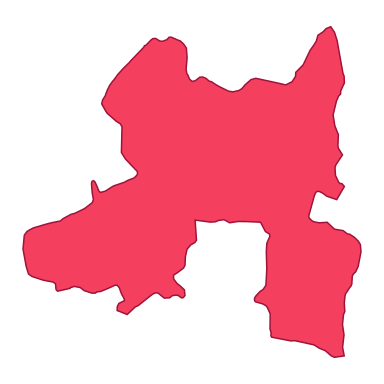 Cuilapa, Santa Rosa, Guatemala (Natural Earth projection)
{"feature_id": "79465075B18848858610216", "entity_name": "Cuilapa", "entity_type": "district", "adm_level": 2, "iso_a3": "GTM", "parent_name": "Guatemala", "parent_adm1": "Santa Rosa", "projection": "natural_earth1", "projection_center": [-90.29, 14.248], "detail": "fine", "context": "isolated", "style": "filled", "palette": "rose", "viewbox_px": 384, "rotation_deg": 0, "n_neighbors": 0, "source": "geoboundaries", "source_scale": "gbopen_adm2", "svg_char_len": 3342}
<svg xmlns="http://www.w3.org/2000/svg" viewBox="0 0 384 384"><path d="M28.5,274.0L32.0,276.5L43.3,280.2L53.2,282.1L55.2,283.6L55.6,284.5L56.0,289.4L57.5,291.2L70.0,288.4L70.5,287.6L74.5,286.4L80.3,287.6L84.1,290.6L91.8,293.1L95.4,293.1L96.9,291.9L100.5,291.5L106.7,289.0L115.4,285.1L117.4,285.4L119.3,287.9L119.8,289.3L120.7,291.8L121.9,294.8L123.0,296.5L123.6,297.9L124.3,299.1L124.5,300.6L118.9,303.4L117.3,306.5L117.1,310.5L127.2,314.5L135.3,306.9L138.2,305.6L150.4,295.9L151.6,295.0L152.5,294.3L153.8,293.6L154.8,293.1L156.1,292.9L157.4,292.9L158.5,293.4L164.2,298.1L169.7,297.8L172.2,295.7L175.9,295.1L178.1,295.4L181.5,297.9L183.3,297.6L185.0,295.5L184.4,289.8L180.0,285.8L176.9,283.3L174.4,280.0L173.6,278.8L173.6,275.1L177.4,272.7L183.5,268.1L185.0,265.4L185.4,256.6L187.1,249.1L189.4,246.5L190.8,244.8L194.7,242.7L196.5,240.3L195.1,220.1L210.4,222.1L215.4,221.8L218.7,220.4L224.1,219.7L229.7,222.8L237.8,221.5L247.3,221.6L260.5,222.2L265.4,231.5L269.6,234.2L269.7,236.8L268.5,239.3L266.8,243.4L266.3,251.6L266.8,268.8L265.9,285.4L263.0,289.5L260.0,291.5L256.1,295.7L254.7,297.8L254.4,299.9L255.2,301.7L263.0,304.0L266.3,306.0L267.3,307.5L270.2,313.8L270.0,328.9L271.1,332.8L270.9,335.9L271.7,337.2L290.8,340.9L294.9,340.7L314.1,344.9L319.4,348.3L325.3,350.7L331.3,355.9L334.4,357.3L344.2,355.9L342.6,347.3L344.0,334.9L342.5,324.4L343.5,314.6L344.8,311.5L344.3,303.1L344.9,296.9L345.5,293.9L346.9,291.9L349.8,287.5L350.8,286.4L351.8,284.1L352.3,276.3L353.3,274.1L355.7,271.8L358.2,266.3L361.0,251.9L360.4,244.6L358.2,241.0L354.0,237.0L349.4,234.1L347.6,234.0L343.1,230.6L334.5,229.2L327.2,222.3L319.0,222.8L313.7,221.7L311.6,220.5L309.2,218.0L308.7,216.2L311.7,205.3L314.2,196.2L315.4,193.2L316.4,191.9L317.2,191.5L318.2,191.4L319.6,191.6L322.6,193.1L326.8,196.2L336.7,199.6L344.4,186.5L341.9,183.6L340.2,183.5L338.7,182.2L335.5,175.5L335.0,167.6L335.9,164.8L342.5,154.9L338.4,148.3L337.9,145.5L338.4,134.4L337.6,132.9L334.8,125.6L333.1,114.9L336.5,100.9L338.6,96.1L340.6,94.0L340.7,91.0L343.1,85.7L344.4,83.0L344.1,76.2L342.9,73.0L337.1,40.5L334.5,32.3L330.7,26.7L326.1,28.6L323.2,31.7L317.9,35.3L316.3,41.2L313.4,45.7L310.1,50.3L303.2,64.8L295.8,72.3L295.5,76.4L292.1,81.7L285.7,84.9L277.1,82.9L255.8,78.3L251.0,79.6L245.0,84.9L241.9,88.6L238.9,90.5L233.1,91.8L228.6,91.2L218.9,86.4L215.0,84.1L211.6,81.8L209.0,81.0L205.9,78.3L202.6,77.0L199.8,77.2L195.3,80.7L192.2,81.4L189.6,79.2L189.1,78.1L187.8,74.9L186.9,73.8L186.1,69.2L187.1,57.8L186.4,48.1L183.6,44.0L180.4,41.0L177.0,39.7L171.4,37.2L169.1,37.2L166.8,39.7L162.5,41.3L159.8,41.0L155.6,38.4L152.9,38.6L151.1,39.9L146.0,45.2L144.4,45.7L143.9,47.1L133.7,57.7L130.4,61.1L129.5,62.3L123.1,68.6L117.4,74.9L116.9,75.8L113.6,80.2L112.6,81.3L109.7,85.3L107.5,89.7L105.8,94.0L105.4,95.5L102.6,99.9L101.7,103.9L105.9,111.4L107.3,113.4L116.4,121.4L120.4,123.9L122.0,126.9L121.4,152.5L125.5,159.1L127.8,161.5L137.3,171.5L137.5,173.9L136.9,175.1L135.4,176.7L134.0,178.0L128.4,180.1L124.0,182.4L115.1,185.4L113.2,186.1L105.2,191.2L100.4,192.4L99.1,191.2L98.6,190.5L97.4,187.3L95.1,182.1L94.1,181.1L93.4,180.7L92.1,181.3L91.7,182.2L91.5,183.8L92.2,192.8L93.4,199.5L92.3,202.6L84.5,208.6L74.6,213.4L71.0,214.3L62.8,218.8L60.6,220.9L51.8,222.7L46.3,224.1L33.6,227.8L29.2,230.1L26.9,231.6L24.3,235.2L23.0,249.0L26.1,266.1L28.5,274.0Z" fill="#f43f5e" stroke="#9f1239" stroke-width="1.5"/></svg>